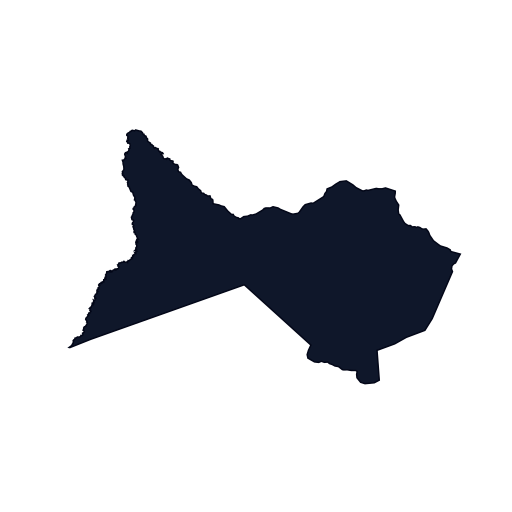 Dormaa West, Brong Ahafo, Ghana, rotated 169°
{"feature_id": "2480657B11503231198633", "entity_name": "Dormaa West", "entity_type": "district", "adm_level": 2, "iso_a3": "GHA", "parent_name": "Ghana", "parent_adm1": "Brong Ahafo", "projection": "albers", "projection_center": [-2.874, 6.975], "detail": "fine", "context": "isolated", "style": "filled", "palette": "ink", "viewbox_px": 512, "rotation_deg": 169, "n_neighbors": 0, "source": "geoboundaries", "source_scale": "gbopen_adm2", "svg_char_len": 6145}
<svg xmlns="http://www.w3.org/2000/svg" viewBox="0 0 512 512"><g transform="rotate(169 256 256)"><path d="M353.4,403.0L354.0,402.9L354.5,402.3L355.6,402.4L356.4,401.6L358.6,400.9L359.6,400.1L359.8,399.0L359.3,398.6L358.8,397.5L359.5,396.2L359.2,393.9L359.7,393.8L360.4,394.2L361.0,393.0L360.5,392.6L360.3,391.2L359.4,391.1L358.4,390.2L358.3,388.4L359.0,387.4L359.2,385.8L360.5,385.5L360.3,384.6L361.0,383.5L361.7,382.9L363.1,382.5L362.9,381.4L364.4,382.3L365.2,381.5L365.5,380.7L365.1,378.6L365.6,377.7L365.2,376.8L366.4,376.4L367.2,375.5L368.9,375.5L368.6,373.5L368.9,371.7L368.7,369.1L369.1,366.1L371.2,364.1L370.8,363.1L371.5,362.4L371.1,361.8L371.7,361.1L370.8,359.7L370.1,359.6L370.3,358.4L369.0,357.2L369.4,356.8L369.3,355.8L368.1,355.2L367.3,355.2L367.6,353.1L368.1,352.8L367.8,352.2L368.3,351.1L368.1,350.4L368.4,349.1L367.4,348.0L366.4,343.2L364.6,341.9L364.8,341.3L364.6,338.8L363.8,337.0L363.8,336.1L364.6,334.3L364.1,334.0L363.5,331.4L364.4,329.2L364.0,328.8L364.1,328.4L364.8,328.4L365.1,327.8L366.1,327.5L366.6,326.5L367.4,326.2L367.7,325.5L367.0,324.5L367.4,322.4L368.4,321.8L368.7,320.5L369.8,319.4L369.9,318.6L370.9,317.9L370.8,315.4L370.5,315.0L369.5,314.9L369.2,314.3L369.7,313.1L370.9,312.1L371.4,311.0L371.3,310.5L370.5,310.1L370.2,308.9L371.2,308.1L370.8,307.3L370.9,305.6L370.2,304.7L371.0,303.6L370.6,303.2L370.9,302.7L370.6,302.7L370.9,302.1L370.1,301.7L370.4,300.4L369.3,299.1L369.4,297.9L368.4,294.9L369.6,295.2L370.1,294.5L369.4,292.8L369.7,291.6L370.5,291.9L370.4,293.2L370.7,293.5L371.4,292.4L371.2,291.3L371.6,290.7L371.2,290.2L371.0,288.5L371.4,288.1L371.5,287.5L372.4,286.9L371.9,285.6L372.2,285.4L372.7,285.7L372.9,285.1L373.7,284.6L372.8,284.5L372.9,284.2L372.2,283.6L373.0,283.5L373.4,282.0L373.7,282.5L374.3,282.6L373.9,281.8L374.1,281.4L375.9,280.5L376.0,279.9L376.6,280.0L376.4,279.5L377.0,279.4L377.4,278.2L378.2,278.3L378.7,277.9L378.0,276.9L380.1,276.5L381.4,275.5L382.4,275.9L382.6,275.4L383.5,275.0L383.1,274.7L383.3,274.1L383.8,274.6L386.1,274.9L386.4,275.8L386.7,276.0L387.5,275.2L388.4,275.3L388.7,275.6L390.2,275.1L391.8,275.3L392.8,273.9L393.4,273.7L393.1,273.3L393.5,272.6L393.0,272.4L392.5,271.4L393.7,269.9L394.6,270.0L394.9,269.5L395.4,269.4L395.8,269.7L396.3,269.0L397.0,269.3L396.6,270.0L397.2,270.0L397.3,269.6L398.9,269.4L400.1,268.2L400.5,268.8L401.0,268.3L401.5,269.1L401.9,268.8L402.1,269.5L402.8,269.2L402.4,268.3L404.1,269.0L405.5,269.0L406.0,267.4L407.3,266.1L407.0,265.4L407.2,264.4L407.8,264.2L407.6,263.4L408.1,263.4L407.9,262.2L408.7,262.6L408.8,261.8L410.0,261.8L410.4,259.6L411.3,260.0L412.3,258.9L412.9,259.7L413.3,259.4L413.5,258.5L414.8,258.7L416.0,257.6L416.0,257.3L415.2,257.0L415.1,256.7L415.6,256.5L416.1,255.2L416.8,255.0L416.4,254.4L416.7,253.7L417.1,253.9L417.4,253.4L417.9,253.7L418.2,253.4L418.2,252.9L418.7,252.6L418.6,251.5L418.2,251.2L419.1,251.0L419.3,249.4L420.9,249.0L421.5,247.9L422.4,247.2L422.1,246.3L422.2,245.6L421.7,245.4L422.1,245.1L421.7,244.8L422.1,244.6L422.4,243.5L423.3,243.2L423.8,243.6L423.7,243.1L424.2,241.9L423.8,241.5L424.5,241.0L424.4,239.9L424.9,239.7L425.2,240.4L425.5,239.4L426.0,240.2L426.2,239.4L427.6,237.0L428.2,237.3L429.6,236.2L428.7,235.6L429.4,234.4L428.6,233.8L428.6,233.0L429.3,232.8L429.7,231.9L430.9,232.0L431.7,230.6L431.6,230.0L432.4,230.2L432.3,229.2L434.8,227.4L435.3,226.2L434.3,224.2L434.8,223.4L434.3,223.1L434.2,222.7L435.2,221.0L436.2,220.2L436.3,219.6L438.1,219.2L438.9,218.2L439.0,217.4L439.9,216.1L439.0,215.4L439.0,214.2L441.0,213.3L440.8,212.5L441.2,211.4L442.1,211.2L442.9,211.5L443.8,210.3L445.4,210.2L446.8,210.6L447.9,210.0L449.4,209.9L449.8,208.7L451.0,208.4L451.7,207.6L451.4,207.2L451.9,205.7L452.4,205.4L452.4,204.6L453.1,204.5L454.0,203.3L456.9,201.9L456.2,201.6L434.0,205.8L273.0,230.0L219.1,158.1L222.5,153.4L224.6,149.4L224.5,145.8L218.8,140.9L214.7,139.6L211.9,140.2L209.2,138.6L205.8,138.2L204.4,136.4L201.8,134.9L199.5,133.0L196.1,131.7L192.9,128.0L191.7,127.5L188.1,126.9L184.4,125.5L179.9,124.6L178.7,123.4L179.8,120.6L180.1,117.2L177.4,112.1L173.4,109.9L164.1,109.0L158.7,110.6L155.2,140.3L136.6,143.3L123.9,147.5L104.4,150.8L95.0,160.9L66.1,203.2L66.6,206.0L65.5,209.0L63.4,210.6L61.5,211.1L55.1,218.9L63.9,223.2L64.2,225.0L66.9,227.4L73.1,230.7L75.0,232.7L78.9,237.1L81.5,243.1L82.0,246.3L82.6,247.9L83.9,250.2L86.5,250.4L88.0,251.0L89.7,252.7L91.6,253.7L93.4,253.4L93.9,254.1L95.4,254.6L96.7,254.4L98.7,256.5L100.8,256.8L103.6,259.5L104.6,261.6L106.9,268.9L107.9,270.0L107.7,274.0L106.2,278.8L107.9,283.0L108.7,286.3L108.7,287.6L107.4,291.0L106.9,293.1L115.9,298.1L119.3,297.9L122.9,298.6L125.1,299.4L133.5,299.0L135.1,299.7L137.5,299.3L139.1,299.6L144.8,304.1L147.3,307.3L153.0,312.5L159.9,313.0L159.5,312.9L164.0,311.3L168.3,309.3L173.4,308.3L174.4,305.9L176.3,304.3L178.0,301.6L179.1,301.0L189.9,296.8L191.8,297.5L197.9,297.0L200.4,295.3L205.3,290.6L206.6,289.9L211.7,290.0L213.4,290.7L223.3,297.2L225.1,298.9L229.9,301.1L232.8,300.4L237.3,301.3L238.0,300.8L238.7,301.2L240.7,299.8L247.9,297.2L251.7,296.9L253.4,297.4L256.6,296.7L260.5,297.0L264.0,295.5L265.9,295.9L265.9,296.7L268.2,297.8L269.9,299.4L270.5,301.2L272.1,301.4L275.2,305.6L277.8,310.5L280.8,311.9L282.6,313.2L288.2,315.5L287.7,319.2L288.0,319.9L289.4,320.9L289.7,323.8L292.2,324.1L292.9,325.2L294.7,326.2L295.4,327.5L297.6,328.2L297.9,330.7L299.8,332.9L301.0,335.3L303.4,336.4L305.3,337.9L305.5,340.4L307.0,343.3L309.6,345.1L313.0,349.7L313.7,351.1L314.1,352.6L315.0,352.9L316.1,353.8L316.2,356.2L315.1,357.7L315.5,360.2L316.1,360.8L317.7,361.2L319.7,362.6L320.1,363.6L319.4,364.1L319.5,365.1L321.6,365.9L322.3,366.9L322.2,367.8L323.9,368.4L324.0,368.9L325.2,368.1L325.4,368.8L327.0,368.5L328.3,369.7L328.5,371.7L329.9,373.8L328.7,374.2L327.7,374.2L328.1,375.3L329.0,375.5L329.7,376.3L330.5,376.1L330.5,377.1L331.3,377.4L331.8,379.1L331.5,379.8L331.7,380.1L332.7,380.4L334.2,381.7L334.9,381.6L335.3,381.2L335.7,382.0L335.7,383.6L336.5,384.1L337.0,385.3L338.2,385.6L338.1,387.0L340.5,389.2L340.1,391.7L341.1,393.1L341.1,394.5L341.4,394.9L342.0,394.9L342.9,396.1L342.7,396.8L343.7,397.2L343.9,398.7L345.2,400.6L346.0,400.7L350.1,402.7L351.3,402.0L353.4,403.0Z" fill="#0f172a" stroke="#020617" stroke-width="1.5"/></g></svg>